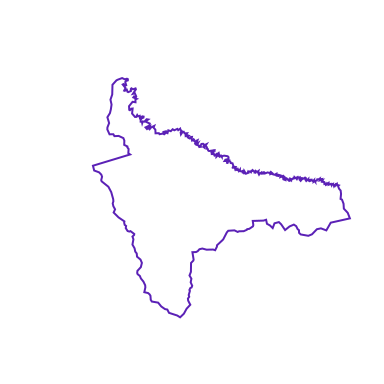 the district of Mariscal Ramon Castilla, Loreto, Peru, rotated 224°
{"feature_id": "86281439B43857057528938", "entity_name": "Mariscal Ramon Castilla", "entity_type": "district", "adm_level": 2, "iso_a3": "PER", "parent_name": "Peru", "parent_adm1": "Loreto", "projection": "robinson", "projection_center": [-71.702, -3.973], "detail": "fine", "context": "isolated", "style": "outline", "palette": "violet", "viewbox_px": 384, "rotation_deg": 224, "n_neighbors": 0, "source": "geoboundaries", "source_scale": "gbopen_adm2", "svg_char_len": 6106}
<svg xmlns="http://www.w3.org/2000/svg" viewBox="0 0 384 384"><g transform="rotate(224 192 192)"><path d="M281.5,142.1L277.3,139.5L272.5,141.6L269.3,141.5L267.3,140.5L265.6,137.5L264.4,136.9L255.8,137.7L250.0,135.8L243.7,132.1L242.1,130.7L241.1,128.7L238.6,127.1L235.3,126.1L234.1,122.8L227.2,122.7L220.2,123.9L219.5,122.8L217.6,121.6L215.8,121.8L214.6,120.0L211.2,119.2L209.6,120.0L209.1,121.1L204.4,121.7L203.8,120.9L203.9,118.6L201.3,117.3L198.3,112.8L194.2,111.6L191.4,109.7L189.1,109.4L186.6,107.3L182.1,107.6L178.8,106.2L176.6,102.4L176.5,97.4L175.2,95.7L174.0,95.1L171.2,95.4L168.7,94.3L164.7,93.8L160.9,92.4L159.3,91.0L156.7,86.8L153.4,88.8L151.4,88.9L149.8,88.5L146.8,85.8L144.8,85.3L139.5,88.9L134.6,88.3L130.1,89.0L128.1,90.3L124.6,89.1L116.8,92.9L113.5,93.6L113.3,98.8L114.8,104.3L114.9,109.7L119.3,111.2L120.9,112.5L121.2,114.7L122.8,115.6L124.8,119.4L125.8,119.7L126.5,121.7L126.0,123.0L126.7,124.7L130.2,126.1L132.2,129.2L135.8,130.2L137.3,133.8L143.4,140.3L143.4,143.6L143.9,144.5L149.9,149.0L147.4,151.6L146.8,153.3L146.9,156.0L145.3,158.5L141.5,160.6L136.8,165.3L134.9,166.2L136.1,170.0L137.0,171.0L136.6,179.5L138.9,187.2L139.0,189.3L134.8,193.9L131.4,195.0L130.8,196.5L127.6,199.7L126.3,202.9L126.5,203.6L125.2,205.3L124.3,209.6L124.9,210.8L128.2,213.4L120.7,221.1L119.4,223.5L116.0,221.2L112.7,222.1L108.9,222.1L110.9,226.8L108.6,230.7L105.4,230.7L98.6,229.3L97.9,235.0L96.1,239.3L93.3,239.8L90.3,238.7L88.5,238.8L86.6,237.0L84.3,237.0L77.9,241.3L76.3,244.9L76.3,252.0L74.0,255.4L68.7,257.7L70.9,266.3L60.1,282.7L65.5,285.2L71.2,285.5L74.8,288.8L78.8,290.7L80.3,290.2L83.4,294.1L86.1,296.3L88.5,296.5L91.2,297.8L91.1,298.7L92.5,298.0L93.3,298.5L93.2,297.5L93.8,298.1L94.1,297.7L93.7,294.8L95.1,295.6L95.9,295.0L96.3,295.7L96.8,294.7L96.4,293.9L97.7,294.4L98.6,292.4L100.0,293.5L100.1,292.3L100.8,292.2L100.2,291.0L101.1,291.0L101.0,290.2L102.0,290.6L102.4,289.8L103.8,291.0L105.5,289.7L105.9,290.8L106.6,290.4L106.6,291.2L107.8,289.5L107.9,291.2L108.9,290.0L108.9,288.9L109.5,290.1L109.8,288.7L110.7,288.2L110.2,286.9L111.3,285.5L110.5,284.9L111.4,285.0L111.6,283.9L112.5,285.2L112.5,283.8L113.8,283.9L115.0,281.4L116.3,281.2L116.1,282.2L117.0,281.2L117.4,281.8L117.5,279.3L118.8,279.6L118.7,280.4L119.5,280.9L120.2,279.4L120.2,280.9L120.7,280.9L121.3,278.6L122.5,278.5L123.1,277.8L122.2,276.6L121.7,276.8L121.6,275.5L122.9,275.6L122.8,276.4L123.8,276.2L124.7,277.3L125.0,276.5L126.1,276.3L125.5,274.1L126.2,274.2L126.7,275.3L127.3,273.9L128.7,273.9L128.1,272.9L128.8,272.6L128.5,271.7L129.2,270.6L128.1,270.3L129.5,270.1L128.9,269.4L130.5,269.4L129.5,268.0L129.8,267.5L131.7,267.8L132.2,266.6L132.2,267.6L133.2,267.4L133.3,268.4L133.7,266.2L133.0,265.5L134.4,264.9L134.2,265.9L134.7,266.4L135.1,265.0L136.6,265.7L136.9,264.6L137.1,266.2L136.6,267.0L137.7,267.0L138.1,265.9L138.9,266.5L138.3,265.5L138.8,264.1L139.8,265.5L142.1,264.2L142.3,263.5L141.5,263.2L142.5,262.5L143.9,263.9L144.3,262.7L143.8,262.3L145.5,261.2L146.5,261.3L146.4,260.8L147.6,260.3L148.1,259.2L149.1,260.2L148.6,261.2L149.3,261.2L149.3,259.6L151.2,258.6L152.2,256.4L153.1,256.4L152.9,255.3L153.6,254.8L154.1,256.0L154.5,255.7L153.9,254.4L154.7,253.5L155.6,254.0L155.6,253.1L156.3,252.9L155.9,251.1L158.1,251.9L158.8,253.2L159.1,251.7L160.8,251.4L159.8,249.9L160.6,249.4L161.2,250.1L163.6,249.8L163.3,249.0L163.9,248.6L163.3,247.2L164.6,247.1L165.2,246.3L164.9,245.6L165.8,245.7L165.2,244.2L165.9,242.6L168.6,243.3L166.8,241.3L168.5,241.9L169.0,241.3L170.2,242.4L170.8,241.0L172.2,240.4L173.0,241.3L172.8,239.6L174.8,240.3L174.5,239.3L175.9,238.5L176.0,239.5L176.7,239.6L176.5,238.3L177.7,238.9L178.0,240.3L179.5,239.2L179.3,237.0L180.4,239.5L182.8,240.8L184.3,239.7L185.6,240.5L186.8,240.0L187.1,238.8L186.6,237.6L187.1,237.3L187.7,238.2L187.6,240.2L189.4,238.9L189.2,237.8L190.1,236.9L190.4,238.4L188.7,241.1L189.9,242.4L191.2,242.5L194.1,240.5L195.4,238.6L194.8,237.9L196.5,238.3L196.5,236.6L198.0,236.4L198.1,237.4L199.9,238.6L200.0,237.6L198.9,236.1L198.9,234.2L200.8,236.0L201.2,233.9L202.5,234.4L203.4,233.7L203.4,235.0L204.4,235.3L204.6,233.4L205.6,234.2L206.5,234.1L205.0,235.1L205.4,236.9L204.4,237.3L204.8,237.8L208.2,233.3L209.2,233.1L210.6,233.9L211.8,233.2L212.3,234.5L214.4,234.7L214.8,236.5L215.4,234.9L214.0,232.5L215.1,232.4L216.4,234.5L217.5,234.4L218.6,233.1L218.1,231.7L218.6,230.3L217.1,230.6L218.0,229.4L219.8,230.0L221.1,229.3L221.7,231.4L222.3,228.9L223.4,228.9L223.7,229.6L223.0,230.8L224.0,233.0L225.0,230.3L226.9,230.1L227.0,231.1L227.5,231.1L227.7,229.1L229.2,229.9L230.3,231.6L231.0,230.8L230.9,228.9L232.3,228.4L233.4,228.5L233.3,230.3L235.0,229.6L235.5,227.9L236.1,228.4L236.4,230.8L238.1,229.0L239.8,229.6L240.5,228.7L240.0,225.8L241.5,226.9L242.1,228.8L243.7,228.7L244.5,229.3L244.9,226.9L246.4,227.2L247.6,224.1L249.5,223.7L249.5,221.0L251.9,219.9L250.5,217.3L251.5,216.9L252.9,217.6L254.3,215.3L253.5,214.4L252.0,215.5L252.1,214.2L253.6,213.7L255.5,211.0L256.7,211.3L259.0,208.9L261.7,211.4L264.4,211.6L265.1,213.3L266.3,210.0L266.1,207.6L266.8,207.6L267.6,209.4L268.1,206.0L270.3,206.2L268.8,210.3L269.9,211.9L274.5,210.3L273.9,213.7L275.2,212.8L275.1,209.5L276.4,208.6L275.6,206.9L276.8,207.7L277.8,206.9L279.0,208.2L279.4,209.8L278.6,211.8L279.2,212.6L280.3,211.9L280.9,209.1L282.5,210.5L283.4,208.9L284.9,209.3L284.3,207.2L285.1,206.4L289.6,206.8L292.7,210.8L293.5,209.8L293.5,207.7L294.2,207.5L296.9,210.0L297.4,215.6L295.0,217.3L297.0,219.3L296.5,220.6L299.9,219.3L300.1,220.4L298.3,221.3L298.5,222.0L301.7,223.3L302.7,221.6L303.7,226.9L304.6,227.3L305.8,224.9L307.6,224.5L307.6,223.7L306.1,222.2L307.3,219.5L308.2,219.3L310.1,220.4L310.7,219.7L310.6,218.1L311.2,217.8L312.1,220.6L316.5,221.2L316.2,222.1L313.9,222.1L313.5,223.1L316.4,224.7L316.6,226.0L315.7,227.7L316.5,228.6L317.5,228.3L318.6,226.4L321.4,225.4L323.3,221.5L323.9,219.9L323.7,213.9L317.1,206.7L314.8,201.8L310.6,199.0L307.8,195.1L305.8,191.7L304.8,187.0L299.5,184.0L297.7,179.7L296.4,178.2L291.4,176.2L288.7,178.9L286.6,178.3L283.7,181.4L278.8,183.1L276.4,182.0L273.5,178.8L270.1,179.9L269.5,179.2L267.5,178.9L264.8,175.7L262.6,176.0L281.5,142.1Z" fill="none" stroke="#5b21b6" stroke-width="2"/></g></svg>